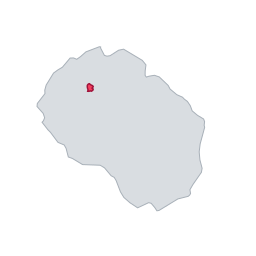 where Kičevo sits in North Macedonia, rotated 55°
{"feature_id": "MKD-2954", "entity_name": "Kičevo", "entity_type": "Statistical Region", "adm_level": 1, "iso_a3": "MKD", "parent_name": "North Macedonia", "parent_adm1": "", "projection": "natural_earth1", "projection_center": [20.955, 41.51], "detail": "fine", "context": "in_parent", "style": "filled", "palette": "rose", "viewbox_px": 256, "rotation_deg": 55, "n_neighbors": 0, "source": "natural_earth", "source_scale": "10m", "svg_char_len": 1503}
<svg xmlns="http://www.w3.org/2000/svg" viewBox="0 0 256 256"><g transform="rotate(55 128 128)"><path d="M116.3,70.7L120.2,71.2L128.7,68.9L134.0,65.7L136.7,65.3L140.3,64.1L145.5,64.2L150.8,65.6L157.5,63.8L164.0,60.9L166.7,61.6L169.5,64.1L171.4,64.8L182.4,78.0L188.4,83.4L195.4,87.4L203.5,90.4L206.4,93.3L211.6,107.4L214.1,112.7L217.5,114.3L218.3,115.9L218.5,117.9L214.7,127.8L213.3,150.0L212.4,151.8L208.4,151.7L203.0,152.2L201.0,153.9L198.9,165.9L190.3,169.3L182.5,171.2L176.0,170.8L164.4,167.9L160.6,167.6L157.4,169.2L147.1,170.1L142.5,172.2L131.9,186.2L121.1,191.0L117.5,193.5L109.2,190.4L105.3,190.0L99.6,193.6L87.1,194.0L83.7,194.6L74.0,195.1L73.6,193.2L71.8,190.4L67.4,189.1L58.2,190.2L55.9,188.2L52.2,176.3L49.2,174.4L45.9,170.4L40.3,157.5L40.2,151.8L40.6,146.9L37.5,135.3L39.4,132.4L42.3,130.6L42.3,125.9L41.5,118.8L45.0,104.9L45.9,103.9L46.8,104.6L55.0,105.7L57.1,104.0L58.5,101.2L58.9,91.1L60.9,86.4L80.8,77.5L86.6,77.1L91.1,81.2L94.7,83.8L96.8,83.8L97.6,81.1L100.0,76.1L104.1,73.1L116.1,70.7L116.3,70.7Z" fill="#d9dde1" stroke="#a8b0b8" stroke-width="1"/><path d="M74.2,132.8L74.2,133.1L74.5,133.5L74.6,134.3L74.8,134.6L75.2,134.6L75.7,134.3L76.0,134.2L76.6,134.6L76.9,135.3L76.9,136.0L76.9,136.8L76.2,137.3L75.5,139.0L74.8,139.9L74.5,139.5L73.5,138.7L72.4,138.4L71.4,138.0L70.4,137.4L69.9,137.0L69.5,136.4L69.3,135.6L69.3,135.3L69.3,134.9L69.6,134.2L70.8,133.9L71.7,133.5L72.3,133.3L72.8,132.8L73.5,132.7L73.9,132.7L74.2,132.8Z" fill="#f43f5e" stroke="#9f1239" stroke-width="1.5"/></g></svg>